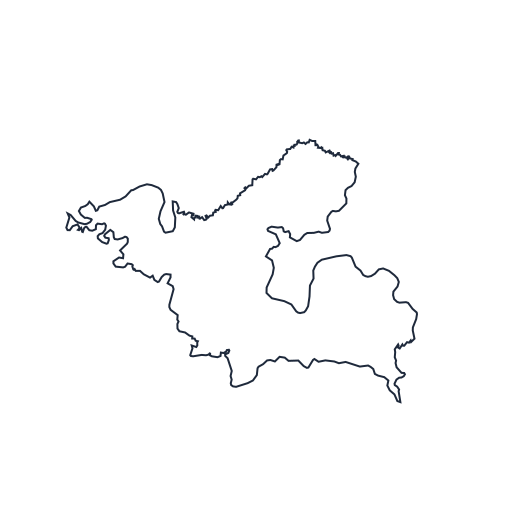 Fonte Boa, Amazonas, Brazil (Robinson projection), rotated 203°
{"feature_id": "56859067B70355458060690", "entity_name": "Fonte Boa", "entity_type": "district", "adm_level": 2, "iso_a3": "BRA", "parent_name": "Brazil", "parent_adm1": "Amazonas", "projection": "robinson", "projection_center": [-66.238, -2.546], "detail": "fine", "context": "isolated", "style": "outline", "palette": "slate", "viewbox_px": 512, "rotation_deg": 203, "n_neighbors": 0, "source": "geoboundaries", "source_scale": "gbopen_adm2", "svg_char_len": 6121}
<svg xmlns="http://www.w3.org/2000/svg" viewBox="0 0 512 512"><g transform="rotate(203 256 256)"><path d="M308.0,288.2L308.7,283.4L311.3,282.7L311.4,281.9L310.3,280.9L312.3,279.2L311.6,276.6L314.1,275.1L315.0,272.8L317.4,274.0L318.1,273.2L315.9,271.0L316.3,269.8L317.7,268.8L320.8,270.7L322.2,268.4L322.9,268.4L323.6,269.9L324.8,268.7L325.4,270.1L327.1,269.6L326.8,267.8L327.8,266.8L327.3,265.5L330.6,266.5L330.9,268.5L329.4,269.0L330.0,270.5L334.7,269.9L336.7,266.6L338.3,266.8L339.1,265.3L339.1,268.1L339.6,268.6L343.5,265.2L344.7,265.1L345.7,265.9L345.8,269.9L348.7,273.1L350.6,274.4L354.0,273.7L350.1,265.5L345.3,259.9L341.9,250.6L342.3,246.3L348.4,242.1L350.2,242.5L354.1,246.6L356.6,248.0L360.0,252.2L361.4,259.9L361.3,269.9L366.3,277.1L369.3,279.7L372.7,280.7L379.7,280.5L384.4,279.4L390.3,274.5L395.0,268.6L396.5,267.8L399.3,259.9L403.1,254.7L411.6,248.5L414.9,244.0L419.6,240.2L419.9,236.1L421.1,235.0L424.6,238.3L430.6,240.9L431.1,237.9L432.7,235.3L436.1,232.2L436.6,228.2L433.4,225.7L428.5,224.2L426.4,225.2L421.9,225.6L421.4,225.2L421.9,222.5L424.2,219.6L426.3,218.3L432.8,217.4L435.7,217.8L442.6,221.3L446.0,221.6L442.8,218.5L441.7,208.0L439.6,206.2L437.5,207.0L436.4,211.8L432.6,215.3L429.9,213.5L429.4,212.3L430.1,210.5L429.0,210.6L427.8,213.5L425.5,210.4L424.8,210.4L425.1,214.6L424.3,216.3L423.4,216.7L419.5,214.6L416.6,215.3L413.9,218.1L415.3,221.8L414.5,223.9L410.1,225.1L408.6,226.7L407.7,226.7L406.0,225.3L405.1,221.3L406.2,217.1L408.7,214.8L409.5,212.4L408.4,210.4L403.1,208.7L398.4,208.9L397.5,209.7L397.7,213.3L398.6,214.8L401.8,214.0L403.6,215.2L403.5,217.0L400.3,223.1L396.6,222.2L394.2,217.7L392.7,216.4L389.8,217.2L385.9,220.3L384.1,222.6L382.5,222.8L380.8,221.9L379.5,218.8L379.5,217.0L383.3,208.0L378.7,205.7L377.5,202.0L381.5,201.1L385.2,195.4L384.3,193.4L381.0,191.4L373.8,193.6L372.3,195.0L371.3,198.9L367.3,199.9L365.8,199.4L365.7,198.0L363.7,195.7L363.0,195.6L362.6,196.5L360.9,195.3L357.0,197.0L352.2,195.3L345.1,194.7L343.4,197.5L340.2,194.3L336.3,193.6L335.3,194.6L334.6,199.8L333.2,203.0L331.6,204.3L327.4,205.5L326.3,202.9L326.7,196.3L320.9,195.7L318.9,193.3L316.7,177.3L315.8,175.1L313.6,173.1L305.0,171.0L303.6,166.7L301.7,165.4L301.8,162.7L299.9,158.5L297.1,156.8L291.4,157.9L286.1,156.7L283.2,157.1L282.5,155.1L280.2,156.0L278.4,154.4L276.2,154.8L276.3,153.4L275.1,150.8L275.4,148.9L280.2,148.5L278.4,146.2L277.8,139.0L276.9,138.5L274.7,139.1L267.4,143.7L263.2,145.1L261.1,146.7L260.6,148.2L260.1,148.2L259.5,146.6L257.5,146.4L251.9,147.8L249.6,150.1L250.6,153.4L248.0,154.0L246.1,156.4L246.1,158.0L244.3,159.1L243.6,158.5L243.6,155.9L246.0,153.4L245.3,152.0L242.2,150.8L233.4,140.7L232.5,135.6L230.1,132.7L229.5,129.0L228.4,127.5L226.2,127.0L223.2,127.8L214.0,135.7L210.2,140.2L208.7,146.7L210.7,153.3L210.4,155.1L207.2,159.2L205.0,164.2L202.1,165.9L197.4,166.3L194.9,172.4L189.8,173.7L185.1,172.2L176.2,176.3L169.1,173.3L165.5,172.9L164.2,173.8L162.9,182.6L162.0,184.0L157.1,183.1L151.4,187.0L142.7,189.5L137.8,189.7L132.1,193.5L117.2,194.8L110.0,199.0L107.1,198.7L103.9,197.8L100.5,193.9L96.9,193.6L90.6,194.6L85.5,193.1L84.5,188.1L80.4,184.6L74.5,182.7L69.2,177.7L66.0,177.9L71.9,187.3L72.1,189.0L75.0,190.9L77.8,191.4L78.6,192.6L78.4,197.1L76.7,199.9L74.6,201.0L73.0,203.1L72.7,205.3L73.9,206.2L76.4,205.3L83.1,208.5L85.7,212.0L86.2,214.5L88.7,217.0L90.3,221.9L91.8,224.3L90.6,230.1L89.7,229.2L89.6,227.3L87.6,227.0L86.7,231.8L85.6,230.9L84.5,231.3L83.3,235.7L81.3,236.0L80.6,238.7L79.6,237.5L77.8,241.8L82.6,248.7L83.7,251.6L83.9,260.5L85.1,265.4L86.0,266.8L91.2,268.5L97.7,272.3L99.9,272.1L105.7,269.1L108.2,268.9L112.0,270.3L114.5,273.5L115.6,276.9L113.8,283.2L114.4,287.9L117.3,290.8L121.1,292.4L127.8,294.3L134.1,294.2L137.7,291.7L139.6,286.2L142.2,282.5L144.9,280.6L147.4,280.2L149.9,280.4L154.1,283.4L160.2,285.1L167.2,292.0L168.9,292.8L173.1,292.2L181.9,287.1L194.0,278.3L196.8,273.8L197.6,269.2L197.6,265.0L194.2,257.7L194.8,249.9L190.9,239.6L188.4,230.1L188.9,225.3L189.7,223.1L193.1,220.7L195.2,220.3L197.4,220.8L204.5,225.2L212.3,225.5L224.8,223.3L231.9,226.1L233.9,231.2L233.5,245.6L235.0,252.1L239.5,258.2L246.7,259.5L245.8,268.0L244.1,269.0L243.3,271.3L241.5,271.8L239.7,273.9L239.2,277.1L246.2,283.7L254.7,283.8L255.9,285.1L255.5,286.6L253.1,289.1L247.0,290.7L243.6,292.7L241.9,292.1L240.1,289.5L238.5,289.4L235.7,291.6L233.1,289.5L232.1,286.4L224.3,285.6L221.8,287.9L219.8,294.4L217.8,297.2L211.8,299.9L207.8,302.9L204.4,303.1L198.9,306.3L198.2,308.1L198.5,309.9L204.3,316.4L205.4,320.3L203.9,326.1L202.9,327.5L199.9,328.3L197.3,330.0L193.4,339.7L195.2,344.2L197.9,346.7L199.3,351.6L198.0,354.7L195.4,357.7L194.0,362.4L195.1,368.0L197.9,372.0L198.7,375.4L197.8,380.9L201.1,382.0L204.7,381.9L204.9,383.0L207.8,382.5L208.7,383.4L208.9,382.4L210.2,383.6L211.3,381.8L212.4,381.5L213.3,382.3L214.3,380.8L215.0,381.0L215.0,382.1L216.7,380.9L218.2,382.0L219.6,381.7L220.0,383.2L220.7,382.9L221.8,379.3L222.6,379.8L223.8,378.7L225.2,380.7L226.4,379.8L227.2,380.8L228.1,379.6L228.8,379.9L228.3,380.8L229.5,381.8L232.3,378.6L233.7,379.8L236.0,379.4L237.2,381.4L237.7,380.9L238.4,381.5L238.9,380.6L241.2,379.9L241.2,380.9L242.6,382.0L243.9,381.5L243.7,382.4L244.2,382.4L244.8,381.8L246.4,385.0L249.3,383.8L252.0,383.9L251.8,381.2L253.2,380.7L254.2,378.5L256.3,379.2L257.5,377.9L260.2,377.4L261.2,377.7L261.7,379.1L262.2,378.9L262.7,377.1L261.9,376.1L262.2,374.4L264.0,373.4L263.5,372.4L264.4,372.1L263.9,370.5L265.9,370.5L266.3,367.9L269.3,366.2L269.5,365.3L268.0,364.1L267.8,362.7L270.0,359.2L269.2,355.4L270.9,354.9L271.5,353.6L270.2,349.6L271.6,348.2L271.9,348.9L272.8,348.1L271.9,345.7L273.4,341.5L274.0,340.9L275.1,342.3L276.9,341.2L277.4,336.2L277.8,335.4L279.8,335.1L281.1,331.1L282.2,331.5L283.3,330.0L285.0,329.7L285.9,326.6L288.8,326.0L289.1,325.2L287.1,319.7L290.0,317.9L291.4,314.4L292.7,315.0L293.1,314.0L291.8,313.5L291.7,312.3L295.2,307.4L294.3,305.8L296.3,304.3L295.6,301.9L296.1,300.3L298.3,296.3L299.7,295.6L299.8,295.0L298.2,294.4L298.5,293.7L300.7,293.1L302.9,294.3L302.2,292.3L304.5,290.7L305.0,287.2L305.6,286.8L308.0,288.2ZM208.9,382.4L209.2,380.9L209.8,381.2L209.8,381.9L208.9,382.4Z" fill="none" stroke="#1e293b" stroke-width="2"/></g></svg>